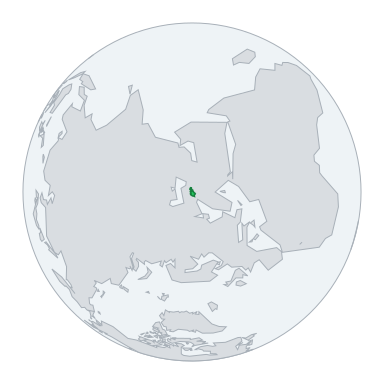 the Earth from above Armenia, rotated 203°
{"feature_id": "ARM", "entity_name": "Armenia", "entity_type": "country or territory", "adm_level": 0, "iso_a3": "ARM", "parent_name": "Asia", "parent_adm1": "", "projection": "orthographic", "projection_center": [45.222, 40.08], "detail": "fine", "context": "on_globe", "style": "filled", "palette": "green", "viewbox_px": 384, "rotation_deg": 203, "n_neighbors": 0, "source": "natural_earth", "source_scale": "50m", "svg_char_len": 11638}
<svg xmlns="http://www.w3.org/2000/svg" viewBox="0 0 384 384"><g transform="rotate(203 192 192)"><circle cx="192" cy="192" r="169" fill="#eef3f6" stroke="#a8b0b8"/><path d="M170.6,24.4L174.9,23.9L178.4,23.6L190.9,24.8L209.6,27.3L217.2,27.6L214.2,28.3L229.9,29.1L241.2,32.0L227.3,29.2L225.0,29.3L232.1,31.3L231.3,31.9L234.3,33.4L232.7,34.1L224.7,32.8L223.5,33.4L228.6,34.8L230.3,36.8L223.0,34.5L225.0,37.8L212.1,37.2L193.8,32.2L185.5,34.0L163.6,35.0L164.5,36.2L156.7,37.9L154.8,40.0L151.3,39.9L152.8,41.7L156.3,41.4L158.2,42.1L157.4,43.5L152.8,43.5L152.5,42.9L150.7,43.6L148.8,43.1L149.3,44.1L143.8,44.3L148.0,46.2L142.6,48.1L139.2,47.7L141.3,45.0L138.6,38.8L135.9,38.3L130.0,39.9L115.4,48.1L111.7,48.9L105.4,52.0L106.7,52.5L112.0,50.4L112.8,52.6L119.2,50.1L120.5,50.8L126.4,49.8L123.7,52.9L117.8,56.8L112.7,58.0L110.0,59.8L113.3,61.4L102.5,66.7L92.8,76.0L90.2,77.3L87.8,74.3L91.5,67.0L88.4,64.7L88.5,69.5L82.0,73.3L80.1,75.5L79.4,77.4L81.1,77.3L78.5,79.5L77.4,75.2L79.7,73.1L80.1,74.4L81.8,71.2L81.0,69.0L77.7,71.5L80.0,66.9L77.7,68.7L76.9,69.0L80.4,66.2L74.1,71.3L75.0,70.1L83.9,62.1L93.4,54.8L103.3,48.2L113.8,42.2L124.6,37.1L135.7,32.7L147.1,29.1L158.8,26.3L170.6,24.4ZM23.3,201.0L23.8,207.6L26.1,222.3L27.5,230.2L27.6,230.9L24.8,216.1L23.3,201.0ZM176.7,23.7L180.1,23.5L175.1,23.9L172.8,24.1L176.7,23.7ZM189.3,23.5L186.8,23.6L185.5,23.3L187.4,23.3L189.3,23.5ZM222.9,28.0L219.0,27.2L223.1,27.8L222.9,28.0ZM235.0,33.5L236.4,33.6L237.3,34.3L235.0,33.5ZM127.5,48.1L127.0,48.9L126.1,48.7L127.5,48.1ZM130.6,47.0L130.1,46.2L131.5,45.6L131.8,46.1L130.6,47.0ZM235.8,36.2L236.9,37.6L234.4,35.9L235.8,36.2ZM131.0,48.2L134.0,44.6L136.4,43.6L139.7,44.8L131.0,48.2ZM236.6,38.3L239.4,42.1L242.7,42.4L235.1,43.8L235.2,39.9L231.6,37.7L235.0,38.7L236.6,38.3ZM157.8,40.7L154.0,41.1L157.9,39.6L157.8,40.7ZM159.9,39.6L169.4,34.6L174.6,35.0L170.4,36.4L177.8,36.2L175.7,38.7L171.2,39.5L168.2,38.7L169.7,40.3L159.9,39.6ZM230.4,44.2L229.9,45.1L228.9,43.9L230.4,44.2ZM159.2,42.3L160.7,41.2L165.3,41.3L163.3,43.7L162.4,42.9L159.2,42.3ZM180.8,35.0L183.9,35.7L183.1,37.9L184.2,38.5L176.1,38.9L180.8,35.0ZM161.0,43.5L162.1,45.0L159.2,46.2L158.1,43.5L161.0,43.5ZM167.4,40.4L169.5,40.7L167.7,41.3L167.4,40.4ZM149.5,51.7L151.1,50.1L153.6,49.9L149.5,51.7ZM162.8,45.4L163.8,45.0L165.0,44.9L165.1,46.1L162.8,45.4ZM176.1,40.5L175.1,41.4L179.4,40.5L178.9,42.3L173.6,42.3L175.7,43.1L175.6,43.7L171.4,43.0L176.1,40.5ZM168.9,46.9L162.0,47.9L158.4,50.8L156.0,50.9L162.2,46.2L168.9,46.9ZM170.7,44.6L169.0,46.0L166.9,45.3L166.8,44.0L170.7,44.6ZM180.5,43.7L182.5,40.8L183.6,41.0L180.5,43.7ZM168.2,47.9L169.9,47.6L168.2,48.2L168.2,47.9ZM177.2,45.0L177.8,44.0L179.0,44.1L177.2,45.0ZM172.8,48.2L170.6,48.4L170.4,47.4L172.8,48.2ZM175.1,46.8L176.7,47.4L171.6,46.9L175.2,46.3L175.1,46.8ZM178.2,45.4L179.2,45.1L177.8,45.8L178.2,45.4ZM174.7,52.0L168.4,51.7L168.0,49.5L174.2,50.0L174.7,52.0ZM51.4,235.5L46.6,207.1L51.0,201.4L53.3,190.9L85.2,171.8L90.3,177.7L113.6,183.8L116.2,186.4L111.7,194.3L127.7,211.2L135.0,205.6L151.3,215.3L163.2,216.9L170.7,201.0L151.1,198.0L149.4,189.2L166.5,184.6L183.9,187.5L183.8,184.3L174.3,175.9L179.8,170.5L171.2,172.6L173.6,176.3L168.2,177.9L165.7,174.7L167.8,172.7L163.0,170.5L154.5,180.9L156.0,185.8L142.5,185.1L143.7,193.3L139.5,196.0L135.8,183.2L137.3,179.1L129.4,163.8L126.6,167.8L133.9,182.8L130.9,181.0L127.2,187.3L127.7,181.1L120.4,164.3L109.2,162.6L92.3,173.9L86.3,172.0L82.5,165.4L91.3,149.8L103.7,155.9L107.0,151.1L106.8,141.2L110.6,144.1L112.0,141.1L116.9,143.0L126.1,138.3L131.4,139.6L137.2,130.8L140.7,130.5L136.3,135.7L136.1,140.2L149.6,143.9L152.8,142.6L155.5,136.7L158.9,138.8L159.7,132.7L168.6,132.2L158.5,127.9L161.4,121.6L167.9,117.8L167.0,115.1L156.4,121.3L153.8,124.6L154.5,128.5L145.8,137.6L140.7,137.9L142.9,126.0L135.9,125.4L140.7,116.9L166.4,104.4L176.0,103.2L187.3,114.2L183.8,117.8L178.0,115.5L181.4,123.4L182.1,120.0L184.9,121.9L188.3,116.8L190.5,118.0L190.1,111.4L193.1,112.2L193.3,116.4L201.0,110.2L207.9,110.8L208.6,109.0L207.4,106.8L216.9,109.3L217.0,107.9L213.9,106.4L212.1,102.7L212.6,97.2L215.9,98.3L216.1,100.5L221.6,107.0L221.8,112.9L223.2,112.8L223.8,108.1L217.1,100.0L216.5,96.4L220.2,99.7L218.8,98.2L219.5,96.9L223.3,96.7L219.5,92.9L222.9,77.6L230.5,76.2L233.5,80.5L239.3,72.4L247.5,72.4L244.6,70.9L245.5,66.6L242.9,66.5L241.6,65.5L242.7,55.5L245.5,54.4L242.7,49.3L241.2,48.6L239.0,49.1L235.1,43.8L242.7,42.4L245.7,43.9L248.5,42.4L254.8,46.1L261.4,48.8L266.7,54.3L271.4,56.3L271.9,55.5L278.7,58.0L290.9,66.4L278.6,62.8L260.0,52.8L267.4,56.9L265.0,57.1L267.2,59.4L272.5,62.5L273.5,62.1L278.3,74.3L289.6,86.6L290.5,82.0L294.9,82.7L308.6,94.6L320.7,120.5L326.6,123.3L329.5,127.2L329.8,132.6L325.7,127.0L322.7,127.8L320.3,124.1L319.5,131.5L316.1,126.6L317.1,135.2L320.7,137.6L322.8,132.6L325.1,142.7L331.9,145.4L336.7,153.3L339.0,175.1L335.2,186.7L335.8,189.8L332.2,189.6L330.6,198.5L339.9,208.2L340.7,212.6L336.6,226.6L335.9,223.5L326.4,222.9L326.9,234.4L334.2,237.4L336.8,245.1L332.2,246.3L329.3,239.7L325.9,239.2L325.2,229.7L319.3,218.5L314.5,224.9L313.3,219.2L304.4,211.4L296.7,220.1L285.4,242.2L286.5,256.8L281.5,265.1L269.0,248.5L264.4,234.9L259.3,237.9L247.1,228.1L224.1,231.6L221.4,228.0L216.9,230.4L208.4,227.2L204.5,220.8L199.0,221.5L209.7,238.1L215.6,237.3L221.2,230.1L223.0,236.1L231.4,240.3L220.2,256.0L187.0,269.8L184.7,258.7L164.6,225.6L165.8,221.9L165.7,221.5L165.5,220.7L162.7,226.5L159.5,219.7L169.2,243.4L170.4,252.9L186.5,270.5L184.8,272.1L190.2,275.5L209.0,270.9L208.8,274.5L199.4,290.9L174.3,310.4L178.3,322.7L177.5,332.0L163.2,336.4L165.9,342.7L158.7,343.7L159.1,346.7L154.2,348.7L145.3,349.3L128.8,344.9L126.7,342.4L116.8,334.7L102.5,315.9L105.4,309.6L103.5,302.5L91.7,282.0L94.2,273.6L91.3,268.1L85.2,266.3L82.0,259.6L78.5,257.6L57.1,247.2L51.4,235.5ZM72.4,185.8L71.1,188.8L72.4,185.8ZM201.3,199.2L212.4,199.5L209.1,188.9L213.1,188.3L210.5,185.1L208.8,188.2L202.8,179.3L208.2,176.0L207.7,171.4L204.0,171.1L195.1,178.6L203.6,191.1L200.3,195.6L201.3,199.2ZM82.1,73.5L82.1,73.9L80.8,76.1L80.4,75.6L82.1,73.5ZM81.5,83.9L77.2,87.2L79.9,84.3L78.5,83.9L82.4,77.6L89.1,77.6L85.4,78.6L81.5,83.9ZM89.5,69.8L86.2,73.4L89.5,69.5L89.5,69.8ZM115.1,123.5L116.0,126.5L113.0,129.4L106.2,128.8L110.5,124.4L115.1,123.5ZM118.0,130.1L122.1,119.0L126.4,119.3L123.3,121.0L125.7,122.3L121.4,125.3L121.5,136.9L118.9,140.2L107.9,136.6L112.9,135.8L111.7,132.8L118.0,130.1ZM124.8,93.8L126.6,90.0L133.7,95.4L131.2,98.4L124.3,97.7L123.2,93.7L124.8,93.8ZM136.1,51.5L136.4,50.3L137.6,50.2L138.5,51.1L136.1,51.5ZM150.0,50.9L136.4,56.6L136.0,55.5L128.5,60.6L124.5,59.8L129.5,56.4L120.8,59.8L123.7,56.5L118.0,59.3L129.5,51.8L131.7,49.3L130.7,52.4L134.3,53.1L136.6,52.7L144.6,49.7L151.2,44.9L155.8,45.2L157.3,46.7L156.5,47.9L153.7,47.3L154.5,49.3L149.9,49.3L150.0,50.9ZM172.4,69.3L169.6,67.2L170.4,73.1L165.8,72.4L166.2,73.1L162.1,74.2L157.9,76.9L156.1,76.1L155.2,77.5L152.5,78.4L150.7,80.2L146.8,79.5L144.2,81.6L143.8,80.1L140.5,84.1L141.2,80.9L137.8,82.0L138.9,84.5L122.1,78.3L114.5,78.8L107.8,81.3L109.9,75.9L117.5,70.4L127.3,66.1L134.3,66.6L134.0,64.3L137.3,63.9L136.2,65.9L139.8,62.7L142.2,63.0L151.0,60.3L154.7,56.0L158.0,55.1L157.8,56.9L161.2,54.8L163.0,57.8L165.4,57.3L169.4,59.9L167.5,64.2L170.3,63.3L173.6,65.5L172.4,69.3ZM175.7,52.8L174.4,57.6L171.3,59.7L165.5,54.2L163.1,54.3L159.3,51.3L163.9,48.4L164.6,49.5L166.3,49.9L164.2,50.6L167.2,50.4L168.2,51.9L170.8,52.2L169.7,53.6L175.7,52.8ZM120.3,184.2L122.5,185.4L126.2,186.2L123.9,190.4L120.3,184.2ZM115.1,172.8L117.3,173.0L115.8,178.9L113.5,177.9L115.1,172.8ZM119.7,168.3L117.5,172.6L117.3,169.6L119.7,168.3ZM138.4,135.6L140.9,135.6L140.7,137.1L138.8,138.9L138.4,135.6ZM173.8,88.0L172.7,86.1L173.8,85.6L174.7,80.9L178.2,81.2L179.0,84.2L173.8,88.0ZM166.6,203.5L162.5,206.2L161.0,204.4L162.7,203.8L166.6,203.5ZM141.7,198.7L146.8,202.1L141.0,199.8L141.7,198.7ZM177.8,87.6L177.8,85.6L179.6,87.1L177.8,87.6ZM180.8,81.3L183.1,82.5L178.7,80.7L180.8,81.3ZM206.9,330.5L197.0,345.1L188.8,345.2L186.6,341.3L189.8,332.6L199.1,329.8L203.4,325.1L206.9,330.5ZM352.0,243.5L353.1,241.1L353.0,241.8L352.0,243.5ZM350.8,244.5L352.5,241.4L350.3,246.4L350.8,244.5ZM353.1,240.2L354.7,235.6L355.4,233.2L355.1,234.7L353.1,240.2ZM349.6,246.8L341.2,258.3L337.5,261.2L338.8,258.0L344.8,251.3L349.6,246.8ZM338.4,258.3L332.2,258.8L321.0,249.2L325.1,246.5L336.2,248.4L335.6,250.9L339.4,251.8L338.4,258.3ZM352.0,230.2L351.3,236.5L347.1,242.5L344.9,244.5L343.5,239.2L344.3,234.4L346.2,232.1L351.4,209.9L353.7,209.7L352.5,218.1L354.2,220.4L352.0,230.2ZM287.3,257.8L291.7,264.4L288.7,267.0L287.3,257.8ZM352.0,197.0L350.9,206.5L351.5,195.4L352.0,197.0ZM351.4,187.6L352.3,190.3L350.8,189.1L351.4,187.6ZM337.2,194.0L335.3,197.1L334.5,195.1L336.5,189.9L337.2,194.0ZM340.4,160.1L343.1,166.3L343.7,168.8L341.5,166.3L340.4,160.1ZM207.7,90.3L202.5,96.2L201.1,101.2L203.9,105.1L197.7,102.4L199.9,94.6L207.7,90.3ZM220.7,78.9L218.2,75.9L220.7,75.8L221.6,76.5L220.7,78.9ZM218.1,78.1L212.4,77.2L211.9,74.7L216.5,75.9L218.1,78.1ZM195.0,81.9L193.2,83.5L191.8,82.2L195.0,81.9ZM336.4,279.7L337.3,278.2L339.7,274.0L336.4,279.7ZM354.8,236.8L356.9,228.3L357.6,225.6L354.8,236.8ZM360.5,204.9L360.5,204.5L360.7,201.2L360.5,204.9ZM360.8,200.1L360.4,203.0L360.9,196.1L360.9,196.6L360.8,200.1ZM359.0,214.6L358.8,216.3L358.5,216.6L359.0,214.6ZM359.5,211.8L360.1,209.0L359.3,213.5L359.5,211.8ZM355.2,219.7L355.7,222.0L357.3,215.8L356.1,222.1L356.7,225.2L356.1,228.3L355.6,224.7L354.6,232.1L353.8,233.7L353.8,229.1L354.9,220.5L355.7,216.0L358.4,207.6L355.2,219.7ZM359.6,207.5L359.4,204.5L359.5,200.9L359.8,201.8L359.6,207.5ZM357.7,197.9L356.0,196.1L355.1,200.6L356.1,188.3L357.7,192.1L357.7,197.9ZM355.1,189.8L354.4,194.0L354.6,187.4L355.1,189.8ZM353.8,193.0L352.9,189.9L353.8,188.4L353.8,193.0ZM355.6,188.6L354.4,182.4L355.6,184.7L355.6,188.6ZM350.5,183.2L353.8,184.5L350.8,187.6L347.1,176.8L348.2,174.2L350.5,183.2ZM334.1,125.7L331.9,123.2L331.8,120.3L333.4,122.8L334.1,125.7ZM329.6,109.8L331.1,118.8L331.9,126.6L333.2,126.4L336.3,132.7L332.5,130.2L329.5,121.1L329.5,116.2L326.3,111.4L324.4,105.8L319.9,101.2L318.1,97.8L322.1,100.5L329.6,109.8ZM318.0,99.5L309.5,90.8L310.9,87.9L313.1,89.2L316.4,94.3L315.4,95.5L318.0,99.5ZM307.9,87.9L306.9,89.1L292.3,81.0L289.6,78.7L301.4,82.8L301.1,84.2L304.4,86.8L307.9,87.9ZM231.7,45.4L230.0,45.1L231.4,44.7L231.7,45.4ZM240.2,65.6L238.6,64.2L240.3,63.7L240.2,65.6ZM235.2,60.2L234.5,61.8L233.9,59.6L235.2,60.2ZM233.0,65.5L233.5,62.2L235.0,66.1L233.0,65.5Z" fill="#d9dde1" stroke="#a8b0b8" stroke-width="1"/><path d="M191.0,193.1L190.9,193.0L190.5,192.6L190.1,192.2L189.9,192.1L189.6,192.1L189.3,192.2L189.1,192.1L188.8,192.0L188.5,191.8L188.6,191.7L188.4,191.2L188.3,190.9L188.5,190.5L188.6,190.3L188.7,190.1L188.6,189.9L188.5,189.5L188.4,189.3L188.2,189.2L188.0,188.9L188.5,188.9L188.8,188.9L189.1,188.8L189.5,188.7L189.8,188.6L190.3,188.7L190.5,188.7L191.2,188.7L191.5,188.5L191.5,188.4L191.6,188.6L191.8,188.8L191.7,189.0L192.1,189.3L192.3,189.3L192.5,189.4L192.7,189.6L192.8,189.7L192.8,189.8L192.4,190.2L192.3,190.4L192.5,190.7L192.8,191.0L193.2,191.3L193.7,191.5L193.6,191.9L193.5,192.1L193.4,192.2L192.9,192.2L192.8,192.3L193.0,192.4L193.3,192.6L193.5,192.8L193.8,193.1L194.0,193.2L194.2,193.4L194.5,193.3L194.9,193.5L194.9,193.8L194.6,193.9L194.6,194.0L194.8,194.1L194.9,194.3L195.1,194.5L194.9,194.6L194.7,194.6L194.9,194.8L194.9,195.0L194.9,195.4L194.5,195.4L194.2,195.6L194.0,195.3L193.9,195.1L193.7,194.7L193.6,194.3L193.3,194.1L193.2,194.1L193.3,194.0L193.3,193.7L193.2,193.5L192.9,193.6L192.5,193.7L192.3,193.6L192.2,193.5L192.1,193.4L191.9,193.5L191.8,193.2L191.7,193.0L191.6,192.9L191.2,193.1L191.0,193.1ZM191.6,189.2L191.4,189.1L191.5,189.2L191.6,189.2ZM192.7,190.4L192.7,190.5L192.6,190.4L192.8,190.3L192.7,190.4Z" fill="#22c55e" stroke="#15803d" stroke-width="1.5"/></g></svg>